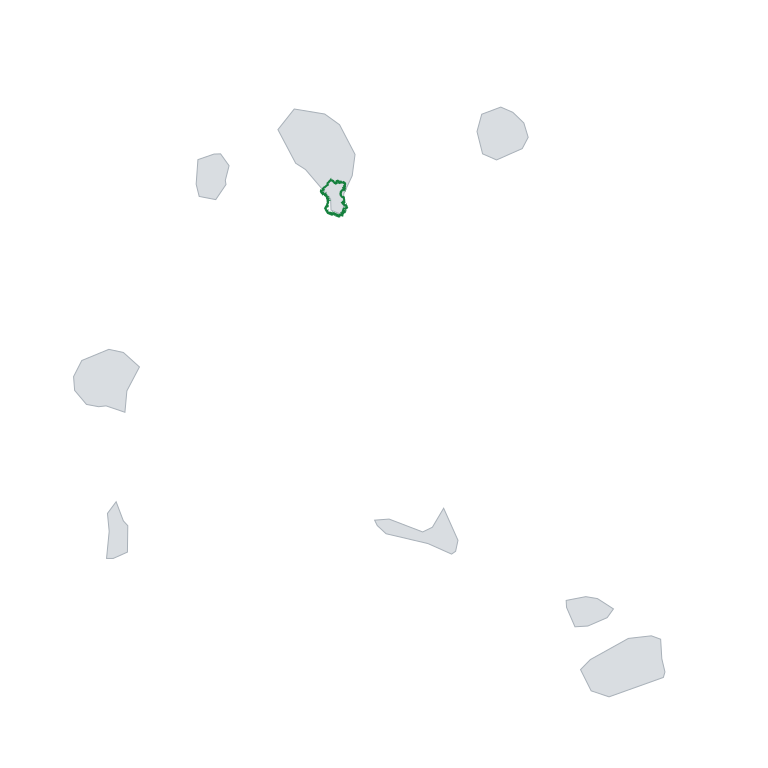 location of Santo Amaro Abade, Tarrafal, Cabo Verde, rotated 186°
{"feature_id": "66160863B37752467633472", "entity_name": "Santo Amaro Abade", "entity_type": "district", "adm_level": 2, "iso_a3": "CPV", "parent_name": "Cabo Verde", "parent_adm1": "Tarrafal", "projection": "mercator", "projection_center": [-23.726, 15.266], "detail": "fine", "context": "in_parent", "style": "outline", "palette": "green", "viewbox_px": 768, "rotation_deg": 186, "n_neighbors": 0, "source": "geoboundaries", "source_scale": "gbopen_adm2", "svg_char_len": 6529}
<svg xmlns="http://www.w3.org/2000/svg" viewBox="0 0 768 768"><g transform="rotate(186 384 384)"><path d="M516.1,625.9L502.0,648.1L471.2,646.3L455.3,637.2L436.8,609.3L437.4,587.8L443.9,569.1L442.7,552.9L445.4,548.6L454.9,551.4L456.4,562.4L484.5,589.1L494.9,594.3L516.1,625.9ZM114.4,156.5L91.8,161.5L82.2,159.1L79.0,139.8L74.5,127.0L75.5,121.4L127.5,96.4L145.9,100.5L158.7,120.5L150.0,131.5L114.4,156.5ZM638.7,328.8L658.1,333.2L665.4,331.6L677.8,332.6L691.0,345.3L693.5,358.9L687.0,375.8L661.3,389.7L646.5,388.1L629.0,375.4L639.0,350.3L638.7,328.8ZM315.0,662.5L296.8,671.6L284.2,667.6L272.2,658.2L266.4,644.4L271.1,632.6L295.5,618.6L310.0,623.2L317.9,644.8L315.0,662.5ZM366.3,235.3L375.9,242.5L379.1,247.6L364.8,250.2L330.1,240.9L320.9,246.6L311.7,266.7L294.1,236.3L295.3,225.1L299.0,221.9L323.6,229.9L366.3,235.3ZM577.1,594.9L570.6,595.8L560.9,584.9L563.1,569.9L562.0,565.9L570.6,549.8L587.4,551.2L591.7,563.1L592.5,587.7L577.1,594.9ZM180.2,187.8L161.1,193.6L149.3,192.9L132.3,184.3L137.6,175.0L156.0,164.6L168.7,162.5L179.1,180.9L180.2,187.8ZM645.5,226.4L638.1,238.9L628.9,220.6L624.0,216.3L621.6,190.0L635.1,182.2L641.7,181.5L641.9,208.7L645.5,226.4Z" fill="#d9dde1" stroke="#a8b0b8" stroke-width="1"/><path d="M458.5,581.2L458.8,580.7L458.9,580.4L459.3,580.3L459.9,579.4L459.9,579.0L460.1,578.7L460.6,578.5L461.2,577.8L461.1,577.0L460.7,576.4L460.7,576.1L462.0,575.2L462.5,574.5L463.2,573.9L463.4,573.5L463.8,573.4L464.4,573.0L464.5,572.7L464.7,572.3L465.2,571.9L465.3,571.6L464.4,570.9L466.0,569.9L466.3,568.8L466.6,568.7L466.9,569.0L466.9,568.7L466.6,568.3L466.4,568.4L466.0,568.2L466.0,567.8L465.8,567.3L465.4,567.1L465.2,567.3L465.2,567.0L465.0,566.9L464.8,566.5L464.5,566.8L464.5,567.1L464.3,567.2L464.5,567.5L464.3,567.6L464.1,567.3L464.1,566.9L464.0,566.7L463.8,566.7L463.7,566.9L463.4,566.6L463.2,566.7L462.9,566.6L462.7,566.6L462.7,566.4L462.9,566.2L462.5,565.8L462.3,566.1L462.3,565.9L461.8,566.0L461.7,565.8L461.5,565.4L461.2,565.8L461.1,565.7L461.2,565.3L461.0,565.0L460.7,564.8L460.7,564.5L460.6,564.3L460.4,564.3L460.3,564.0L460.1,564.0L460.1,563.6L459.7,563.7L459.9,563.3L459.5,562.9L459.6,562.4L459.3,562.4L459.5,562.2L459.2,562.0L459.2,561.8L459.1,561.7L459.2,561.3L459.1,561.1L458.8,561.0L459.1,560.9L459.2,560.6L458.9,560.6L458.9,560.2L458.6,560.3L458.7,560.1L458.8,560.1L458.7,559.7L458.8,559.5L458.7,559.2L458.8,559.1L458.8,558.9L458.6,558.8L458.5,558.5L458.7,558.0L459.0,557.8L459.0,557.5L459.2,557.4L459.2,557.0L459.1,556.9L459.2,556.6L459.4,556.2L459.6,555.6L458.9,555.6L458.5,555.2L458.6,554.7L459.0,554.5L459.3,554.4L460.0,554.7L460.4,554.1L460.4,553.7L460.2,553.6L460.4,553.6L460.6,553.3L460.5,553.2L460.8,552.7L460.3,552.4L460.5,552.0L460.0,551.4L460.0,551.1L459.6,550.8L459.7,550.7L459.6,550.4L459.2,550.3L459.1,550.1L458.9,549.9L458.7,549.9L458.6,549.7L458.5,549.8L458.5,549.5L458.5,549.4L458.4,549.4L458.3,549.2L458.1,549.3L457.9,549.1L457.4,548.8L457.5,548.6L457.9,548.4L457.8,548.2L457.6,548.1L457.4,548.1L457.1,548.0L457.0,548.4L456.7,548.7L456.1,548.7L455.9,548.6L455.4,548.7L455.3,548.4L455.1,548.5L455.0,548.3L455.1,548.2L455.3,548.2L455.6,548.0L455.5,547.7L455.2,547.8L455.1,547.5L454.9,547.5L454.7,547.7L454.5,547.4L454.4,547.3L454.2,547.6L454.2,547.4L453.5,547.0L453.2,547.1L453.1,547.3L452.7,547.2L452.5,547.5L452.5,547.9L452.6,548.1L452.5,548.4L452.3,548.5L451.9,548.3L451.8,548.7L451.5,548.7L451.0,548.5L450.9,548.1L450.7,548.0L450.9,547.8L450.1,547.6L449.7,547.9L449.6,547.7L449.7,547.4L449.4,547.5L449.3,547.4L449.2,547.6L448.8,547.3L448.9,547.0L448.8,546.8L448.1,547.3L448.0,546.8L447.8,546.7L447.6,546.5L447.7,546.4L447.4,546.4L447.4,546.1L446.8,545.8L446.2,545.9L446.4,546.6L446.0,546.6L446.0,547.1L446.1,547.4L445.9,547.5L445.7,547.2L445.4,547.6L445.1,547.5L445.1,547.8L444.9,547.8L444.9,547.6L444.9,547.8L444.7,547.9L444.7,547.6L443.8,547.7L443.5,547.5L443.4,547.6L443.2,547.5L443.2,548.2L443.2,548.5L443.1,548.8L443.0,548.7L443.0,549.0L443.5,549.3L443.7,549.5L443.2,549.6L443.2,550.0L442.9,549.9L442.8,550.1L442.9,550.3L442.8,550.5L443.1,550.7L443.0,550.9L442.9,550.8L442.7,551.0L442.6,550.9L442.6,551.1L442.2,551.3L442.1,551.2L441.9,550.7L441.8,550.8L441.5,550.5L441.0,550.7L441.0,550.9L441.4,551.4L441.2,551.6L441.3,551.6L441.3,551.8L442.0,551.5L442.6,551.7L442.9,552.0L442.9,552.6L442.5,553.1L442.5,554.1L442.1,554.5L441.8,554.5L441.6,554.4L441.5,554.2L441.4,554.2L441.2,554.1L441.3,554.0L441.1,554.2L440.9,554.2L440.6,554.2L440.2,554.5L440.2,554.9L440.1,555.0L439.9,555.1L439.5,555.2L439.5,555.5L439.3,555.7L439.5,555.9L439.9,555.8L439.8,556.0L439.9,556.4L439.7,556.9L439.9,557.2L440.4,557.5L440.9,557.4L440.9,557.6L441.0,557.5L441.5,557.4L441.6,557.5L441.7,557.4L441.9,557.4L442.3,557.9L442.2,558.1L442.4,558.3L442.9,558.6L442.9,558.8L443.3,558.7L443.6,559.0L443.8,559.2L443.7,559.3L444.0,559.3L444.1,559.5L444.3,559.7L444.4,559.8L444.1,559.9L444.2,560.1L444.0,560.3L443.9,560.3L443.9,560.2L443.8,560.5L443.7,560.4L443.5,560.5L443.1,560.4L442.7,560.6L442.8,560.7L442.7,560.9L443.0,561.0L442.9,561.3L442.8,561.2L442.8,561.3L443.1,561.4L442.8,561.6L442.9,562.0L442.7,562.6L443.4,564.9L443.4,565.4L443.7,565.7L444.2,565.3L445.2,565.6L446.2,566.5L446.4,567.1L446.7,567.2L446.7,567.6L446.9,567.6L447.1,568.0L446.9,568.5L447.2,569.0L446.9,569.2L446.8,569.6L446.7,569.8L446.9,570.1L446.8,570.6L447.0,570.7L446.8,571.1L446.1,572.2L445.9,572.3L445.8,572.2L445.7,572.2L445.7,572.4L445.4,572.7L445.0,573.0L444.9,572.9L444.8,573.1L444.7,573.0L444.2,573.3L444.3,573.5L444.1,573.4L444.2,573.6L443.9,573.8L444.0,573.9L443.9,574.0L444.0,574.2L443.9,574.3L444.1,574.4L443.9,574.5L444.0,574.6L443.9,574.6L444.1,574.8L443.8,575.0L443.6,575.4L443.8,575.7L443.7,575.9L444.0,576.1L443.9,576.2L443.7,576.5L443.9,576.7L443.7,576.8L443.9,577.1L444.2,577.2L444.1,577.4L443.9,577.4L443.6,577.7L443.7,578.3L443.5,578.6L443.5,578.8L444.0,579.3L443.9,579.5L444.3,579.7L444.3,579.8L444.7,579.8L444.8,580.3L445.0,580.4L445.2,580.2L445.3,580.4L445.4,580.5L445.9,580.0L446.3,580.0L446.6,580.1L447.3,579.9L447.7,580.1L447.8,580.5L448.0,580.7L448.3,580.3L448.5,579.6L449.1,579.3L449.3,579.5L449.5,579.5L449.4,579.6L449.5,579.8L449.8,579.8L449.8,580.0L450.1,580.1L450.0,580.4L450.1,580.7L450.4,580.7L450.3,580.9L450.6,581.0L451.2,581.4L451.5,581.3L452.3,580.9L452.3,580.7L452.1,580.5L452.3,580.3L452.2,580.1L452.5,579.7L452.6,579.1L452.9,579.1L452.6,578.7L452.8,578.6L452.9,578.4L453.5,578.9L454.1,578.7L454.3,579.0L454.5,579.1L454.6,579.3L455.4,579.9L455.4,580.2L455.6,580.5L456.0,580.4L456.4,580.9L457.0,581.1L458.0,580.7L458.4,580.8L458.5,581.2Z" fill="none" stroke="#15803d" stroke-width="2"/></g></svg>